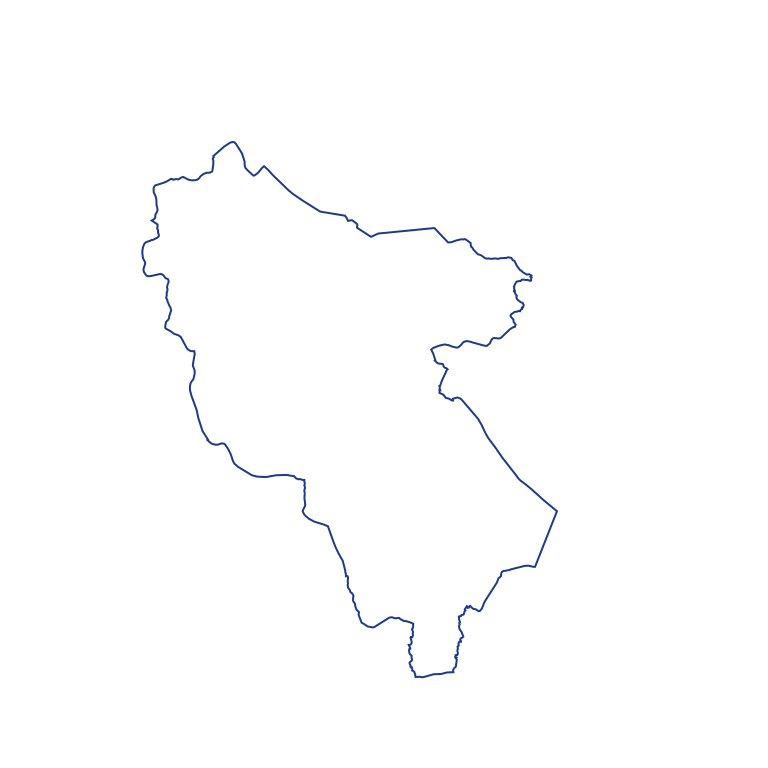 outline of Gnagna, Gnagna, Burkina Faso, rotated 331°
{"feature_id": "67063806B53557788130503", "entity_name": "Gnagna", "entity_type": "district", "adm_level": 2, "iso_a3": "BFA", "parent_name": "Burkina Faso", "parent_adm1": "Gnagna", "projection": "natural_earth1", "projection_center": [0.002, 12.916], "detail": "fine", "context": "isolated", "style": "outline", "palette": "blue", "viewbox_px": 768, "rotation_deg": 331, "n_neighbors": 0, "source": "geoboundaries", "source_scale": "gbopen_adm2", "svg_char_len": 6161}
<svg xmlns="http://www.w3.org/2000/svg" viewBox="0 0 768 768"><g transform="rotate(331 384 384)"><path d="M260.1,128.4L263.3,134.7L262.7,135.5L262.3,136.7L261.2,137.6L260.9,138.7L261.0,139.7L259.6,142.4L259.7,143.0L259.1,145.1L258.2,145.8L256.8,146.1L251.7,145.9L250.5,145.3L248.8,145.4L246.3,144.8L244.2,144.6L242.5,145.1L239.5,147.5L237.4,150.2L236.0,152.5L234.2,157.2L234.1,161.5L233.5,162.9L229.3,166.9L228.3,169.5L228.7,173.7L229.6,175.1L231.9,176.4L241.1,179.1L242.6,179.9L243.8,182.0L244.1,184.9L244.6,186.0L245.8,187.3L245.8,188.2L245.6,189.3L245.0,190.4L242.6,192.5L240.9,194.5L240.8,195.7L239.7,197.5L238.0,199.0L237.2,200.8L235.2,203.1L235.3,205.4L234.8,206.3L234.2,211.5L234.3,213.5L233.5,216.5L228.8,220.8L228.0,222.2L226.5,223.1L223.2,224.2L220.0,228.4L219.9,229.3L220.3,230.2L223.1,234.7L224.6,238.1L227.9,241.9L229.1,244.4L228.9,257.5L229.5,259.2L230.5,260.9L231.7,262.1L234.0,263.3L233.0,266.0L226.5,274.0L225.7,275.4L224.9,280.4L223.6,283.0L219.4,287.6L217.5,288.2L215.0,289.7L213.2,291.9L211.3,295.3L209.8,301.4L207.6,315.6L205.1,323.8L202.5,336.9L203.1,347.4L202.4,347.4L203.7,351.4L204.7,353.0L207.4,355.6L208.8,356.3L213.4,357.3L215.3,358.8L215.7,360.3L216.1,364.4L216.0,368.8L215.9,371.1L214.6,378.1L214.5,381.1L216.3,385.9L224.1,399.6L228.0,403.4L235.5,408.1L245.4,411.5L254.7,416.3L260.8,421.2L261.3,423.9L263.0,425.9L264.2,426.2L266.6,428.7L267.8,429.3L266.9,431.1L266.5,432.7L265.1,434.2L265.2,434.7L264.5,436.6L262.7,438.4L261.8,441.0L259.1,445.2L256.6,451.4L255.6,452.6L253.2,454.1L251.1,456.0L251.0,459.4L251.4,461.2L253.1,465.6L256.2,470.5L262.8,477.3L266.0,481.2L263.1,498.7L262.5,503.7L262.1,510.7L262.2,518.6L259.8,527.8L258.8,530.3L258.9,530.9L257.5,533.7L258.9,534.3L258.8,535.8L256.8,538.6L255.7,541.1L254.7,542.2L254.3,543.7L254.0,544.1L253.8,545.1L254.2,547.2L253.8,549.9L254.6,551.5L254.7,554.4L253.4,555.9L251.8,558.7L252.1,562.5L251.2,564.2L250.5,568.1L251.5,571.1L251.4,571.7L250.2,572.9L249.8,574.2L248.7,581.9L250.5,584.8L252.1,588.1L256.3,591.5L257.8,591.9L275.3,590.9L277.8,591.8L280.2,594.4L283.7,595.8L284.6,598.3L285.2,598.6L286.4,601.0L288.3,602.0L292.4,606.4L293.3,607.8L291.3,611.2L289.6,612.0L289.3,614.4L287.1,618.3L286.0,619.2L284.9,618.3L284.2,618.8L283.3,622.7L282.0,624.5L280.8,624.8L279.1,624.2L279.0,627.5L278.6,628.3L277.9,628.0L276.8,629.0L275.9,631.3L275.7,632.4L276.4,635.2L275.4,636.6L274.9,638.9L274.2,639.4L271.4,640.0L270.8,641.1L270.8,642.9L270.0,644.1L270.1,644.8L270.9,645.1L270.4,647.4L269.7,648.2L270.6,649.3L270.9,650.5L270.2,654.1L269.9,654.3L269.5,655.6L273.4,657.4L274.5,658.5L276.0,659.4L286.6,661.9L293.4,665.3L299.2,666.8L305.0,669.7L305.5,668.2L306.3,667.2L307.8,666.5L309.7,666.1L311.1,664.3L313.9,660.6L314.1,660.1L313.8,658.3L314.8,658.2L314.1,657.0L315.2,655.9L315.8,655.9L316.7,656.6L318.1,655.4L318.8,652.8L320.5,651.0L320.9,649.5L321.6,649.1L322.5,649.1L323.4,646.9L325.0,645.9L326.3,646.8L326.6,646.5L326.9,644.3L327.7,643.7L329.5,643.8L330.9,643.4L331.6,638.3L331.3,635.3L331.6,633.6L332.4,631.9L333.7,630.9L334.0,629.4L335.0,629.1L335.7,625.8L336.7,623.7L338.6,624.3L340.0,623.6L341.6,624.2L342.2,624.0L344.2,621.9L345.4,621.6L345.4,620.2L348.8,618.6L348.9,620.5L349.9,620.7L350.9,619.8L351.8,619.8L352.7,623.4L355.2,625.8L356.6,628.6L357.9,629.0L360.7,627.9L365.6,623.8L368.1,622.3L386.5,612.4L390.1,609.3L391.8,609.2L393.3,608.6L394.8,606.4L396.0,605.5L398.2,605.5L399.2,606.1L404.0,607.6L404.6,607.5L418.6,611.2L422.1,612.8L426.0,616.3L427.5,617.1L473.6,579.1L467.4,563.3L461.9,547.3L459.2,540.4L456.7,534.9L455.8,532.2L455.3,527.9L451.8,506.0L450.5,492.7L449.0,482.2L448.9,476.5L449.5,467.2L449.4,460.1L444.3,435.2L443.6,433.5L441.7,431.4L437.0,430.3L436.4,431.9L435.4,431.3L433.7,428.3L431.3,426.1L430.8,422.5L429.9,420.9L428.2,418.8L429.7,416.1L430.2,416.5L430.3,415.5L431.3,413.6L431.4,412.7L432.1,412.9L436.2,409.2L446.2,401.9L446.7,401.9L446.3,400.5L445.2,399.4L444.7,397.9L445.1,395.5L445.0,395.0L441.1,392.1L439.9,388.6L440.3,388.7L441.8,381.2L441.9,376.8L444.8,376.3L450.6,377.2L456.0,378.7L459.1,381.1L461.9,384.4L465.0,387.3L466.4,387.9L470.1,387.3L473.4,385.9L476.8,386.3L478.9,387.9L490.3,399.1L492.5,400.5L496.2,399.8L499.6,397.4L501.6,396.9L502.9,397.3L506.2,399.7L507.7,400.2L509.2,400.2L520.5,397.2L524.6,396.9L525.1,397.3L526.0,397.5L527.9,396.0L527.5,392.3L528.4,390.6L527.5,386.4L527.7,385.7L528.9,384.7L533.5,384.3L535.7,385.3L537.2,385.4L538.3,386.3L539.7,385.2L540.9,385.4L541.5,385.0L541.8,384.0L542.8,384.3L544.5,382.6L544.6,380.3L543.4,379.0L541.7,375.2L541.5,373.3L542.1,371.9L542.9,371.4L542.6,368.8L543.1,367.0L542.5,366.0L542.8,365.6L543.7,365.6L543.9,363.9L544.7,362.7L544.8,361.9L548.5,359.2L550.1,358.8L553.6,360.2L554.9,359.6L556.8,360.4L558.0,361.5L560.3,362.6L560.3,363.1L562.4,364.9L562.8,364.8L563.1,364.0L564.7,362.4L564.1,361.3L565.1,361.2L565.6,360.6L564.2,358.4L562.0,357.6L559.6,353.6L559.0,351.4L558.3,350.5L557.5,345.4L557.8,339.5L556.6,338.1L556.6,336.1L556.3,335.2L553.9,333.3L552.1,333.1L547.3,330.6L544.2,329.8L542.6,328.3L538.0,326.3L536.8,325.2L534.6,324.1L533.4,323.0L531.4,318.6L529.0,315.9L527.4,310.0L527.3,307.2L526.8,306.2L527.1,304.8L528.1,302.7L525.9,297.8L524.8,296.3L523.7,296.1L521.5,294.8L516.5,293.4L511.8,292.7L508.7,291.3L503.8,272.5L503.4,271.9L451.9,249.6L444.0,249.0L436.3,234.5L436.3,233.9L437.8,232.0L438.0,231.1L436.1,226.5L435.4,225.3L434.4,224.7L431.7,224.0L431.8,219.9L431.4,217.8L412.3,202.7L411.3,201.5L401.6,183.8L396.2,173.0L394.1,167.3L388.1,147.6L386.3,140.1L384.7,135.4L382.1,135.9L376.3,138.2L372.2,138.8L371.0,138.6L370.5,137.6L368.1,130.3L367.6,128.0L367.9,125.9L370.0,121.5L371.6,113.5L370.9,101.9L370.3,100.1L369.4,99.2L366.8,98.3L359.1,98.9L345.2,101.9L345.2,103.0L343.5,103.8L343.0,106.0L341.3,109.0L337.2,114.4L336.4,114.9L334.2,114.7L331.0,113.2L328.3,112.8L324.4,113.3L321.9,114.5L319.9,114.8L318.3,114.3L316.2,113.6L314.2,112.4L312.0,110.4L308.7,105.5L307.2,105.2L303.2,105.3L301.5,103.9L298.7,103.2L297.8,101.7L297.1,101.3L292.1,101.5L288.5,101.1L280.2,99.4L278.9,99.9L277.5,101.0L275.6,104.4L275.2,109.5L274.4,112.1L271.7,117.5L271.4,119.2L270.3,122.0L269.0,123.3L266.2,125.0L264.3,127.9L262.0,128.4L260.1,128.4Z" fill="none" stroke="#1e3a8a" stroke-width="2"/></g></svg>